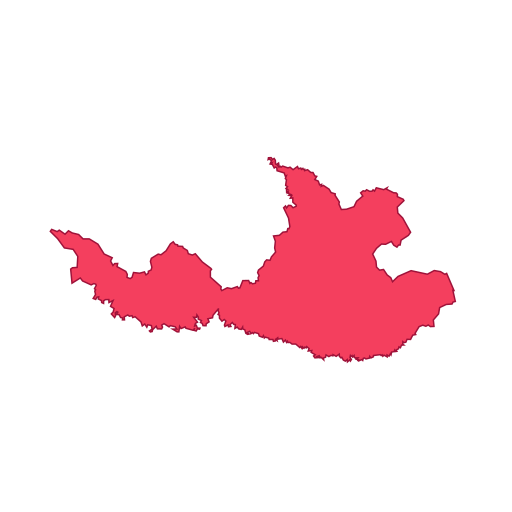 Tejupilco, México, Mexico (orthographic projection), rotated 17°
{"feature_id": "50627088B9468705483198", "entity_name": "Tejupilco", "entity_type": "district", "adm_level": 2, "iso_a3": "MEX", "parent_name": "Mexico", "parent_adm1": "México", "projection": "orthographic", "projection_center": [-100.226, 18.891], "detail": "fine", "context": "isolated", "style": "filled", "palette": "rose", "viewbox_px": 512, "rotation_deg": 17, "n_neighbors": 0, "source": "geoboundaries", "source_scale": "gbopen_adm2", "svg_char_len": 6150}
<svg xmlns="http://www.w3.org/2000/svg" viewBox="0 0 512 512"><g transform="rotate(17 256 256)"><path d="M351.0,335.4L350.2,333.9L352.1,332.5L351.9,330.1L355.1,330.9L356.8,329.1L358.7,329.0L358.5,327.8L362.0,328.5L364.3,325.5L365.1,327.6L367.0,328.6L367.7,327.8L370.0,330.0L372.2,330.4L373.5,328.4L374.4,330.5L375.9,328.0L377.0,328.9L377.5,327.0L375.6,325.7L375.4,323.7L376.2,324.4L377.0,323.1L378.0,324.3L378.9,322.5L379.7,324.2L381.7,324.9L381.5,324.1L383.3,323.5L382.3,325.4L384.2,325.1L383.9,326.1L384.8,326.4L387.3,324.2L388.6,324.7L388.5,322.5L389.6,321.8L391.2,322.3L394.3,320.5L394.1,318.7L395.7,319.9L397.7,318.1L397.4,316.8L403.7,314.0L404.8,314.6L405.5,313.6L406.6,314.8L407.4,313.4L410.9,314.1L410.3,312.3L412.5,312.9L413.1,310.2L414.0,311.0L413.8,308.2L416.1,307.0L416.1,305.9L416.8,306.8L418.5,306.0L417.3,305.1L419.4,303.1L419.3,301.1L420.9,301.5L421.2,298.7L423.3,297.9L422.1,297.5L421.5,295.0L422.8,295.6L424.5,294.6L424.8,291.5L428.2,290.6L429.0,285.9L431.7,284.4L430.7,283.4L432.6,275.9L435.7,273.4L439.0,273.5L440.9,271.6L443.4,272.5L446.8,271.3L444.3,265.3L447.5,258.0L446.7,251.6L452.1,246.7L457.5,244.6L457.9,242.4L459.9,241.2L454.3,231.3L455.4,231.1L443.4,216.9L442.0,218.3L437.0,217.0L430.7,217.8L425.2,223.3L408.6,224.7L397.8,234.0L394.1,240.7L391.2,237.3L387.0,235.8L381.9,231.6L378.3,233.4L374.5,231.4L372.2,225.8L367.0,220.0L369.0,213.4L372.5,207.9L376.5,206.9L381.2,202.5L384.6,205.4L388.2,206.3L389.1,203.8L390.6,203.4L390.1,198.4L395.7,191.7L396.9,188.1L385.2,176.8L379.1,173.5L376.8,167.9L381.3,159.8L380.2,158.7L373.8,157.9L373.2,155.6L371.6,154.7L369.1,155.3L361.1,153.9L361.4,152.5L358.8,155.2L351.1,155.6L350.4,159.3L348.6,158.5L348.0,160.1L345.8,160.9L342.4,160.3L341.4,162.1L339.4,162.3L337.6,165.0L340.6,167.5L336.2,174.2L335.3,180.2L328.9,184.8L324.0,186.6L320.1,182.1L319.9,180.0L313.9,174.9L313.6,173.4L309.3,173.4L306.3,170.7L299.8,168.8L298.0,170.3L297.8,168.3L296.0,169.4L293.7,166.2L289.9,165.7L290.8,162.1L288.8,162.2L286.1,159.5L284.0,160.1L280.1,158.4L277.6,160.1L277.2,158.8L276.0,159.4L275.2,158.5L274.1,159.9L273.1,158.8L271.1,160.1L269.5,158.3L266.2,162.6L262.6,161.1L260.8,162.4L255.2,162.2L254.0,163.7L252.6,163.0L252.0,164.3L250.3,163.2L251.2,162.1L250.4,160.5L248.9,162.4L247.8,162.3L246.5,158.8L244.8,157.4L243.6,158.8L241.7,157.5L239.2,158.4L239.4,160.2L240.3,159.4L243.0,160.3L242.6,163.4L244.1,162.2L243.7,163.8L244.8,163.6L247.7,166.5L248.8,165.2L250.1,165.5L251.2,168.3L258.6,168.3L260.7,171.1L261.6,170.3L261.4,173.4L262.8,174.1L263.7,179.8L265.9,180.5L264.9,182.7L266.6,183.0L265.8,183.6L266.6,185.9L267.8,184.8L267.7,186.6L268.6,185.9L269.2,187.0L271.3,187.0L270.1,188.3L272.5,187.8L271.9,190.7L274.2,189.7L275.5,193.8L279.6,195.6L279.9,196.7L277.3,199.0L274.6,197.5L272.2,198.1L271.2,201.1L269.6,199.5L268.3,201.8L276.0,210.2L279.8,218.0L279.5,220.3L278.4,220.5L278.5,223.7L274.8,225.3L272.3,229.4L266.9,231.7L270.2,236.2L271.5,242.9L273.6,246.5L271.0,252.4L270.7,256.0L267.3,256.6L266.1,259.1L266.0,263.5L262.5,268.7L262.4,271.4L264.7,273.9L264.3,276.1L265.6,279.0L263.1,279.7L263.4,282.2L260.8,283.6L258.9,282.9L258.2,284.0L256.1,281.6L250.6,283.4L249.9,291.2L248.6,291.9L247.1,290.7L242.1,294.4L237.8,294.8L233.4,299.1L232.0,297.8L231.7,295.6L218.6,289.6L216.7,283.5L217.4,281.7L216.4,281.0L206.4,277.4L197.3,271.6L194.8,273.7L190.6,273.6L188.7,270.8L184.1,269.6L183.0,268.3L178.4,269.4L177.7,268.2L175.3,268.5L172.7,266.6L170.6,269.4L168.5,277.3L164.8,282.6L161.9,282.8L156.6,288.8L156.6,292.0L159.7,297.2L159.8,300.0L157.5,302.1L158.0,303.9L156.3,306.2L154.0,303.8L149.7,306.5L143.7,307.6L143.7,312.6L142.3,314.4L138.9,314.2L138.3,311.2L136.0,308.8L126.2,306.8L125.9,303.6L123.0,304.6L122.0,306.9L118.4,303.3L119.0,299.7L110.2,298.5L101.4,290.9L91.6,288.4L85.6,290.2L80.1,287.3L73.5,287.7L69.3,286.7L67.0,291.0L60.3,288.8L58.7,290.8L52.8,290.3L52.1,292.6L61.2,297.4L70.4,304.3L79.2,303.1L85.7,308.5L88.3,319.2L83.9,320.9L82.6,322.7L88.0,335.8L94.4,328.4L97.5,330.6L106.8,331.8L109.0,329.8L111.0,329.8L111.8,330.8L111.1,334.5L112.5,335.2L112.1,336.7L113.8,339.7L112.7,344.2L115.4,344.4L115.9,341.9L117.5,341.0L117.7,343.2L121.3,343.8L122.0,345.6L124.1,345.9L123.4,343.3L124.8,341.7L128.0,340.7L129.0,343.5L132.3,340.4L131.6,346.7L135.6,347.7L135.8,351.3L134.6,353.7L138.8,356.2L139.2,354.2L138.0,351.4L139.2,349.8L140.3,350.1L139.4,352.8L142.2,352.1L144.5,354.4L146.6,354.2L146.9,356.1L148.9,355.5L147.8,352.7L150.6,349.9L152.5,350.6L154.9,349.3L156.1,350.9L158.2,349.4L165.3,352.7L167.7,356.1L169.5,353.6L172.4,356.0L172.6,353.4L176.3,353.1L178.0,356.3L176.0,358.8L177.2,359.5L178.8,358.6L178.7,356.7L181.1,352.3L183.0,354.5L187.1,353.3L187.4,351.3L186.0,349.7L187.8,347.6L193.6,349.2L194.5,347.6L199.5,347.3L201.7,349.0L197.7,350.3L202.7,351.6L204.4,351.1L203.5,345.6L205.5,347.3L209.0,344.5L210.1,345.6L217.5,345.4L218.6,342.8L218.2,345.2L220.7,345.2L221.3,342.8L223.4,342.5L223.5,341.4L221.0,342.1L219.2,339.7L217.8,340.9L217.8,338.1L219.4,336.4L214.3,332.8L217.1,332.0L216.7,329.6L218.7,331.2L219.2,333.2L222.7,333.7L222.3,335.8L224.3,336.2L225.7,338.1L228.6,337.3L228.2,335.4L230.4,332.7L228.3,330.1L232.5,327.8L232.2,325.3L235.6,317.1L235.8,319.5L237.2,321.1L236.8,323.0L238.4,323.4L239.2,326.1L242.5,328.3L244.2,326.0L246.2,327.0L246.0,331.3L246.9,332.5L249.4,330.0L250.4,331.7L252.6,330.7L251.2,329.3L252.8,326.5L254.7,327.9L256.3,327.6L257.0,331.4L258.8,329.5L260.9,330.8L263.4,330.5L264.0,327.9L264.7,329.7L266.8,329.8L268.9,332.9L270.9,333.4L272.3,332.6L269.7,331.9L272.0,329.9L273.9,331.7L274.9,330.3L276.2,331.0L276.9,329.5L281.1,329.5L282.5,331.6L285.9,331.8L286.4,330.0L287.9,332.0L288.6,330.9L292.2,330.8L293.0,332.0L296.6,330.9L297.6,332.5L299.3,331.6L299.1,330.2L300.9,330.8L299.8,329.1L300.7,327.8L301.3,329.1L304.9,327.4L307.4,330.3L308.7,327.8L310.5,329.7L311.0,328.3L311.9,329.4L313.7,328.7L316.2,329.7L319.8,328.6L324.6,330.7L325.1,329.5L327.3,331.2L327.8,330.4L326.6,330.1L326.7,329.1L328.9,330.1L329.4,328.8L330.8,329.2L331.0,327.8L333.8,329.0L333.7,331.6L337.0,330.1L336.9,332.0L341.5,333.1L340.3,334.8L342.1,336.2L345.7,334.8L343.7,334.3L345.6,332.8L347.1,334.6L347.7,333.8L351.0,335.4Z" fill="#f43f5e" stroke="#9f1239" stroke-width="1.5"/></g></svg>